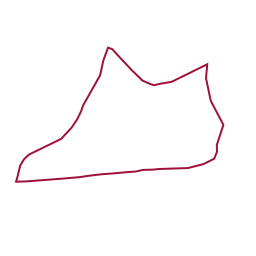 the district of San Andrés Xecul, Totonicapán, Guatemala, rotated 287°
{"feature_id": "79465075B53537343705712", "entity_name": "San Andrés Xecul", "entity_type": "district", "adm_level": 2, "iso_a3": "GTM", "parent_name": "Guatemala", "parent_adm1": "Totonicapán", "projection": "albers", "projection_center": [-91.498, 14.912], "detail": "fine", "context": "isolated", "style": "outline", "palette": "rose", "viewbox_px": 256, "rotation_deg": 287, "n_neighbors": 0, "source": "geoboundaries", "source_scale": "gbopen_adm2", "svg_char_len": 647}
<svg xmlns="http://www.w3.org/2000/svg" viewBox="0 0 256 256"><g transform="rotate(287 128 128)"><path d="M131.5,220.1L137.6,217.9L158.9,218.3L178.2,199.2L198.3,188.1L212.1,185.1L201.9,174.3L184.9,156.2L180.3,147.0L176.6,140.5L176.5,136.9L177.6,127.9L184.5,114.5L194.8,96.6L198.8,89.9L199.0,85.4L185.5,84.7L170.2,85.9L136.1,78.4L130.6,78.3L121.2,76.8L111.7,73.9L98.0,67.2L73.6,41.0L67.7,37.7L60.6,35.9L50.5,36.5L43.9,36.7L47.2,46.3L59.9,78.8L66.9,96.2L70.5,103.7L75.8,115.7L80.5,127.8L85.7,140.4L88.5,147.8L92.3,154.6L95.8,164.9L97.8,169.5L107.2,197.0L115.4,210.5L123.8,219.4L131.5,220.1Z" fill="none" stroke="#9f1239" stroke-width="2"/></g></svg>